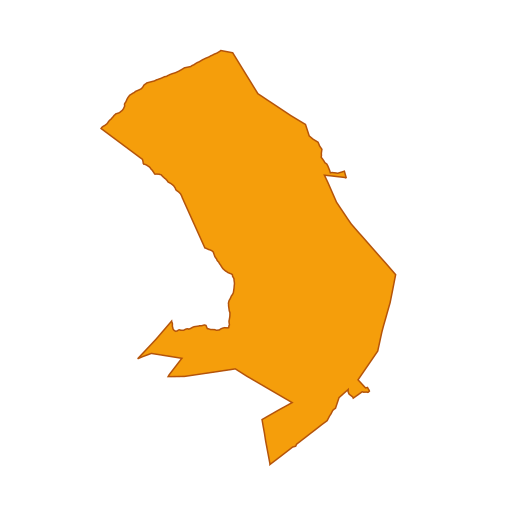 Tapalapa, Chiapas, Mexico (orthographic projection), rotated 352°
{"feature_id": "50627088B95959525466025", "entity_name": "Tapalapa", "entity_type": "district", "adm_level": 2, "iso_a3": "MEX", "parent_name": "Mexico", "parent_adm1": "Chiapas", "projection": "orthographic", "projection_center": [-93.122, 17.217], "detail": "fine", "context": "isolated", "style": "filled", "palette": "amber", "viewbox_px": 512, "rotation_deg": 352, "n_neighbors": 0, "source": "geoboundaries", "source_scale": "gbopen_adm2", "svg_char_len": 5547}
<svg xmlns="http://www.w3.org/2000/svg" viewBox="0 0 512 512"><g transform="rotate(352 256 256)"><path d="M240.8,464.4L256.4,455.6L265.6,450.3L268.8,449.9L270.0,448.0L284.3,439.8L291.2,435.9L297.9,432.0L303.5,429.0L306.8,424.4L308.2,422.9L310.5,419.6L312.3,418.4L313.5,417.9L318.5,407.8L328.7,401.0L328.3,403.0L328.7,404.9L329.0,405.8L332.2,409.1L332.5,410.3L342.3,405.2L343.4,405.8L346.9,406.2L347.7,406.6L348.2,406.5L349.5,405.6L349.4,404.7L349.2,404.6L348.1,401.7L346.2,401.9L345.5,401.0L339.8,392.8L353.8,377.5L363.3,367.1L365.3,361.7L366.7,357.9L368.8,352.2L370.1,348.7L372.5,343.0L376.2,334.7L378.6,329.2L382.3,320.9L384.4,314.9L386.5,308.9L389.6,299.9L391.7,293.9L386.9,286.5L383.8,281.7L380.4,276.6L377.2,271.8L374.0,266.9L370.7,261.9L367.5,257.0L364.5,252.4L361.0,247.2L357.8,242.3L354.6,237.3L351.7,231.5L349.6,227.1L345.8,219.3L343.2,213.9L339.7,201.4L337.4,193.2L335.0,185.5L341.5,187.1L346.0,188.3L349.9,189.3L354.9,190.6L355.5,191.1L356.2,190.9L355.3,184.3L352.6,184.8L351.1,185.0L349.9,185.2L348.9,185.4L348.1,185.4L347.1,185.0L345.7,184.6L344.3,184.3L343.0,183.9L341.2,184.0L340.8,181.3L339.7,177.0L338.9,174.8L337.2,173.2L336.4,171.2L335.4,169.2L334.3,167.3L334.8,165.6L335.0,163.4L336.1,159.5L334.3,155.9L333.3,152.0L328.7,148.2L325.4,144.5L323.3,132.6L318.0,128.3L310.0,121.8L303.6,116.1L292.0,105.8L288.9,103.1L284.7,99.3L280.5,95.6L277.1,87.9L274.8,82.6L270.8,73.5L265.6,61.6L261.2,51.5L249.7,47.6L248.7,48.3L247.2,48.9L245.9,49.5L244.1,50.0L243.0,50.2L241.9,50.6L240.6,51.1L239.0,51.5L237.7,52.1L236.4,52.5L235.2,52.8L233.9,53.1L232.0,53.7L231.3,54.0L230.6,54.1L230.1,54.4L229.6,54.5L228.7,55.0L228.2,55.1L227.3,55.6L226.3,55.9L224.7,56.3L222.4,57.3L220.9,58.1L219.4,58.4L217.7,59.3L211.3,59.7L209.3,60.6L207.6,61.3L205.1,62.3L203.3,62.8L202.1,63.2L200.5,63.5L198.4,63.8L196.7,64.2L195.4,64.5L194.6,64.9L193.5,65.1L192.4,65.7L190.4,65.7L188.5,66.3L187.1,66.7L185.9,67.0L184.6,67.2L184.0,67.4L183.0,67.6L182.0,67.7L180.9,68.1L179.8,68.5L178.7,68.6L176.9,68.8L171.9,69.4L171.4,69.8L170.6,70.2L169.8,70.6L169.4,70.9L168.9,71.1L168.5,71.5L168.2,72.0L167.8,72.6L167.3,73.0L166.8,73.5L166.2,74.0L165.8,74.3L165.2,74.6L164.4,74.9L163.7,75.1L162.6,75.4L161.3,75.8L160.7,75.9L160.0,76.2L159.5,76.2L158.4,77.1L157.6,77.4L156.8,77.6L156.0,78.0L154.7,78.6L153.3,79.2L152.2,80.3L151.3,81.2L150.0,82.9L148.7,85.1L147.6,86.3L146.9,87.3L146.8,89.3L145.9,90.7L145.1,91.9L143.8,93.2L141.9,94.3L141.2,94.8L140.6,95.0L139.9,95.3L138.8,95.4L137.9,95.6L137.0,95.7L136.1,96.4L135.1,97.0L133.8,98.3L132.9,99.0L132.2,99.6L131.5,100.3L130.4,100.9L129.5,101.6L128.7,102.3L127.8,103.4L126.6,104.5L124.9,105.4L124.3,105.8L123.5,106.0L122.9,106.2L121.9,106.8L121.3,107.1L120.3,108.2L157.0,144.5L157.3,147.3L157.2,148.4L157.3,148.7L157.7,149.5L157.8,149.5L158.5,149.6L158.9,149.9L159.2,150.1L159.7,150.3L160.0,150.5L160.4,150.8L161.1,151.5L161.4,151.7L161.9,152.2L162.0,152.3L162.6,152.7L162.6,152.8L163.1,153.3L163.4,153.7L163.5,153.8L163.5,154.0L164.0,155.0L164.4,155.7L165.1,156.5L165.7,157.6L165.7,157.9L165.9,158.2L166.1,158.4L166.4,159.2L166.6,159.5L166.8,160.1L167.0,160.6L167.2,160.8L168.2,161.0L168.9,161.0L171.8,161.6L172.1,161.9L173.5,162.4L174.3,163.8L174.6,164.0L174.8,164.5L175.3,164.9L176.4,166.4L176.9,166.8L177.3,167.2L177.9,168.2L178.6,169.0L178.8,169.8L179.1,170.3L179.6,170.8L180.5,171.4L181.2,172.0L181.8,172.4L183.3,173.9L183.5,174.2L184.1,174.8L184.5,175.5L184.9,176.4L185.4,177.3L185.7,178.7L186.0,179.5L186.4,180.0L188.3,181.8L189.9,183.9L190.7,186.1L191.3,188.8L191.4,189.0L191.8,190.3L192.0,191.1L206.5,240.9L206.6,241.0L207.3,241.2L210.0,243.0L211.4,243.6L212.9,244.6L213.3,245.0L214.2,246.0L214.6,248.0L215.0,250.0L215.2,250.9L215.7,252.0L216.6,253.6L216.8,254.7L217.2,255.5L218.3,257.0L218.7,258.3L219.7,260.1L220.3,261.6L221.5,264.0L222.3,264.9L222.9,265.7L223.6,266.4L223.8,266.7L224.5,267.1L225.2,267.8L225.4,268.1L225.9,268.5L227.6,269.5L227.9,269.7L228.1,269.8L229.1,270.3L230.0,271.2L230.0,272.8L231.0,275.3L230.9,277.2L230.9,278.1L230.9,279.0L230.8,280.6L230.5,281.6L229.9,284.2L229.9,284.3L229.6,285.4L229.2,286.7L228.5,289.1L227.7,290.4L227.2,290.9L226.6,291.7L226.1,292.1L224.8,294.2L224.4,294.8L223.2,296.3L222.5,297.9L222.1,299.0L222.1,300.2L221.9,301.5L221.9,306.7L222.0,306.9L222.3,308.6L221.8,311.6L221.5,312.8L220.7,315.3L220.2,316.7L220.1,317.7L220.1,317.8L220.1,318.5L220.1,320.6L219.5,321.3L219.4,321.8L218.9,323.2L217.7,323.2L216.9,323.0L216.2,322.9L214.8,322.6L213.9,322.7L212.9,322.8L210.9,323.3L209.5,324.1L207.0,324.1L206.3,324.0L204.9,323.2L203.8,323.0L202.3,322.7L200.9,322.5L200.4,322.3L199.6,321.9L198.6,321.4L197.8,321.2L197.6,320.8L197.5,320.5L197.1,319.2L197.0,318.3L196.6,317.6L196.3,317.6L195.3,317.1L193.9,317.3L193.1,317.4L192.3,317.5L190.2,317.2L189.6,317.4L188.5,317.4L187.6,317.4L185.9,317.4L185.7,317.4L185.4,317.4L184.9,317.4L183.2,317.8L182.2,318.2L182.2,318.3L181.4,318.5L180.3,318.9L179.1,319.1L178.5,318.6L177.6,318.5L176.8,318.6L176.1,318.7L175.0,319.1L173.9,319.5L173.6,319.4L172.6,319.3L172.4,319.3L171.7,319.1L170.9,319.0L170.4,318.6L169.7,318.4L169.2,318.5L168.7,318.6L167.9,319.1L167.5,319.2L166.0,319.4L165.7,319.1L164.9,318.6L164.2,317.8L163.8,316.9L163.6,316.5L163.6,315.2L163.4,313.8L163.6,312.9L163.8,311.3L163.7,310.4L163.4,309.7L163.4,308.7L145.3,324.6L124.5,341.3L129.7,339.9L138.8,337.9L168.4,347.0L167.5,347.8L153.6,361.4L152.2,363.2L154.5,363.5L154.9,363.6L168.5,365.3L219.8,364.9L230.0,373.6L271.4,406.2L261.4,410.0L255.9,412.1L239.2,418.8L239.4,425.6L239.7,432.6L239.8,440.5L240.9,463.9L240.8,464.4Z" fill="#f59e0b" stroke="#b45309" stroke-width="1.5"/></g></svg>